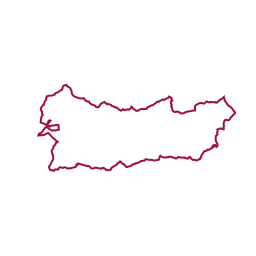 Valea Salciei, Buzau, Romania (Natural Earth projection), rotated 121°
{"feature_id": "2599482B75081483898693", "entity_name": "Valea Salciei", "entity_type": "district", "adm_level": 2, "iso_a3": "ROU", "parent_name": "Romania", "parent_adm1": "Buzau", "projection": "natural_earth1", "projection_center": [26.813, 45.506], "detail": "fine", "context": "isolated", "style": "outline", "palette": "rose", "viewbox_px": 256, "rotation_deg": 121, "n_neighbors": 0, "source": "geoboundaries", "source_scale": "gbopen_adm2", "svg_char_len": 5842}
<svg xmlns="http://www.w3.org/2000/svg" viewBox="0 0 256 256"><g transform="rotate(121 128 128)"><path d="M155.2,212.9L156.4,212.7L157.2,212.0L157.9,211.2L158.3,209.9L159.3,209.5L159.9,209.1L160.4,208.5L160.6,207.8L161.5,208.0L163.8,207.8L168.3,205.7L167.5,201.8L167.3,199.6L166.7,199.1L166.3,199.0L165.6,199.4L164.4,199.4L162.8,199.8L162.2,199.5L161.7,198.9L161.6,198.2L163.9,198.5L165.3,198.9L166.6,198.6L167.1,199.0L167.6,199.0L166.9,195.7L166.3,195.9L161.2,189.3L164.9,186.4L167.8,189.2L168.2,190.3L169.5,192.2L169.1,198.7L171.2,199.3L171.8,199.2L173.6,199.6L175.3,199.5L176.0,199.8L176.7,199.8L177.7,200.3L178.2,201.2L178.5,201.3L178.8,201.3L179.2,201.0L180.2,201.1L180.6,201.0L177.4,196.6L173.8,194.3L173.4,193.7L173.4,193.2L174.4,190.0L174.7,188.6L175.4,185.8L176.1,181.2L177.1,181.6L177.6,182.1L177.9,182.2L180.0,181.7L181.3,182.2L182.7,182.2L184.0,181.6L184.3,181.7L186.9,181.7L188.9,180.0L189.4,178.9L190.8,177.6L192.8,176.3L193.7,176.0L196.9,175.9L197.9,175.6L199.3,175.8L200.3,175.6L201.7,175.9L202.3,175.5L202.7,174.8L203.7,174.0L203.9,173.4L203.9,172.3L203.7,171.8L203.1,171.3L203.0,169.5L202.5,169.2L200.9,169.0L200.0,167.5L199.7,166.5L197.6,166.6L196.8,166.3L196.2,165.1L196.2,164.3L195.7,163.2L194.3,162.2L194.1,161.6L193.8,159.5L193.9,159.0L193.8,158.6L193.0,157.8L192.5,157.5L192.4,156.9L191.6,155.8L190.9,155.4L188.5,152.9L187.4,152.9L186.2,153.3L186.0,153.1L186.2,152.5L186.0,152.4L185.8,152.3L185.0,153.0L184.0,152.6L184.0,151.8L183.2,149.2L182.9,147.6L182.7,147.2L182.3,145.3L181.9,144.8L181.3,142.6L180.8,142.1L181.1,140.1L181.4,139.1L181.4,138.3L180.5,136.8L178.9,135.9L178.5,134.7L178.0,134.0L177.9,132.9L177.0,131.1L176.9,130.2L176.7,130.0L176.3,130.0L175.6,129.5L175.2,128.7L174.7,128.3L174.8,128.0L175.1,127.8L174.8,126.6L175.2,124.9L174.8,124.7L174.6,123.7L173.9,122.4L173.1,121.6L172.4,121.3L172.2,121.5L170.6,121.6L169.4,120.9L168.5,120.6L167.7,120.0L166.4,119.6L165.7,118.8L163.8,118.9L162.2,117.9L160.7,117.6L160.6,117.3L160.8,116.0L161.4,115.2L161.2,113.6L161.0,113.0L161.7,112.3L161.5,110.9L162.4,109.5L162.2,108.9L161.2,108.1L160.7,107.5L159.6,106.7L158.6,105.6L157.3,105.6L156.3,104.8L155.8,103.9L154.5,103.3L153.9,103.2L153.4,101.9L153.2,101.6L151.8,101.1L151.0,100.4L150.0,100.1L149.4,99.5L148.9,98.7L148.1,98.2L147.9,97.3L145.5,96.7L145.3,95.6L144.0,92.7L143.4,92.0L142.4,88.8L139.3,85.2L136.3,86.0L135.4,86.0L135.6,85.7L135.2,84.4L135.1,83.3L134.7,82.1L133.9,80.5L133.8,80.2L132.9,79.6L132.6,78.7L131.8,78.4L131.2,77.2L130.5,76.7L130.3,75.9L130.4,74.9L130.1,73.8L129.6,72.8L129.7,71.9L129.6,71.5L128.3,70.1L127.2,70.2L126.7,69.7L125.9,66.8L124.8,65.6L124.7,64.4L124.1,64.1L123.9,63.5L124.1,62.6L123.4,60.9L123.2,60.7L122.7,60.6L122.1,60.8L120.9,59.9L121.9,57.5L121.9,55.8L120.7,54.2L120.8,53.5L120.5,52.4L119.9,51.9L118.9,51.5L118.4,50.9L117.5,50.8L117.4,50.4L115.7,50.3L114.1,50.8L112.1,50.9L111.2,50.6L109.3,50.8L108.1,50.1L107.5,49.3L106.3,48.6L105.5,48.6L105.3,47.9L104.8,47.2L103.3,46.6L102.4,45.8L101.4,45.9L100.9,45.2L100.7,45.2L100.5,45.6L100.2,45.9L100.0,45.4L99.6,44.9L98.9,45.8L98.4,45.5L98.2,45.1L97.9,45.0L97.7,44.2L97.9,43.3L98.6,42.9L98.7,42.5L97.9,42.2L97.0,42.2L95.5,43.2L95.2,43.6L94.7,44.7L93.7,46.3L93.1,46.5L91.8,47.5L89.3,48.6L88.3,48.0L87.2,48.0L86.9,48.7L86.5,49.1L84.3,49.6L83.4,50.2L83.3,50.6L81.3,49.3L80.2,47.1L80.1,45.6L79.8,45.3L78.8,45.9L78.4,46.4L77.3,46.5L77.0,46.9L75.0,48.3L72.2,49.1L71.0,48.8L71.0,48.3L70.2,47.6L70.1,46.8L69.8,46.1L69.1,45.6L68.1,45.2L66.2,45.3L64.3,44.8L63.5,44.9L61.3,44.0L60.6,43.8L59.7,44.1L59.6,44.4L59.3,44.5L59.3,45.3L57.5,49.2L57.1,50.8L57.1,52.4L56.7,54.8L55.0,58.1L55.0,58.7L54.7,59.3L53.5,60.2L52.8,61.3L52.1,61.8L53.8,62.3L54.9,62.9L56.3,63.3L57.2,64.1L58.0,64.1L60.6,64.9L60.7,65.1L60.6,66.2L61.3,66.4L61.6,67.7L63.0,70.0L63.2,70.8L64.4,71.7L64.5,73.9L65.5,74.7L67.2,74.9L67.6,75.1L68.3,76.1L68.6,77.9L69.9,79.5L73.2,81.5L75.0,81.8L76.3,80.8L78.5,79.6L79.1,80.8L80.1,81.7L83.3,85.4L84.8,86.9L86.5,87.8L87.4,88.8L88.3,90.4L88.1,92.2L88.1,93.2L88.6,93.7L88.8,94.7L90.0,95.7L90.3,96.4L90.3,97.5L90.1,98.6L89.6,99.4L88.2,100.5L87.3,102.2L86.8,102.4L86.2,102.2L85.4,102.5L84.8,103.7L83.5,104.7L82.4,104.7L82.0,104.4L82.0,104.6L80.7,105.4L80.5,105.8L80.1,105.9L79.9,106.1L79.8,108.0L80.1,108.4L80.0,109.0L81.3,109.0L82.4,109.9L84.2,110.7L84.7,111.4L85.6,111.8L85.6,112.8L85.8,113.0L86.5,113.6L87.6,113.9L87.9,114.4L89.8,115.2L90.0,115.5L90.0,116.1L91.1,116.9L92.7,117.2L93.8,117.8L95.6,118.3L96.1,119.2L96.7,119.7L98.8,120.7L99.4,121.4L100.2,121.9L102.2,122.0L102.9,123.2L104.0,124.3L104.2,125.4L104.8,126.3L107.0,128.1L108.2,128.4L108.5,129.1L108.9,129.5L109.1,130.0L108.8,130.9L108.8,132.8L108.9,133.6L108.1,134.9L107.9,135.5L108.1,135.6L108.1,136.0L109.3,135.8L111.5,136.4L111.8,136.6L112.1,137.9L113.5,139.1L113.9,139.8L114.5,140.2L114.6,140.9L114.4,141.7L114.4,142.0L116.7,142.8L116.8,144.3L116.6,146.8L116.2,148.2L116.4,148.9L117.0,149.5L116.9,151.0L117.4,153.1L117.3,153.5L116.9,154.3L117.7,157.5L118.5,158.0L118.0,158.9L118.3,159.9L118.1,160.3L118.2,160.7L117.8,161.6L119.1,162.5L120.0,162.9L120.1,163.2L121.9,163.9L122.9,163.7L123.6,163.9L125.0,164.0L126.1,165.0L126.5,166.2L125.9,167.3L126.0,168.9L126.5,170.7L126.4,171.7L126.5,172.7L126.2,174.0L125.4,175.1L126.1,176.3L126.3,176.7L126.2,177.5L126.4,178.0L126.0,179.1L126.0,180.1L125.2,181.1L126.6,182.9L127.9,185.9L128.6,190.8L128.2,192.4L127.3,193.9L125.2,195.6L123.7,198.0L123.4,199.5L123.5,200.5L123.3,201.3L123.5,201.9L122.8,202.9L124.6,204.8L125.5,205.1L126.6,205.0L128.2,204.4L128.6,204.5L129.3,204.3L130.3,204.8L130.7,205.4L132.8,206.1L134.2,207.0L135.3,208.0L136.0,208.2L137.1,208.0L137.8,208.8L139.3,209.7L140.7,212.0L142.4,213.7L142.9,213.7L143.0,213.5L143.8,213.8L144.3,213.8L145.8,212.6L146.6,212.7L147.5,213.0L148.4,213.0L148.6,212.9L149.1,212.7L151.5,212.5L151.6,212.2L151.9,212.3L152.2,212.7L155.2,212.9Z" fill="none" stroke="#9f1239" stroke-width="2"/></g></svg>